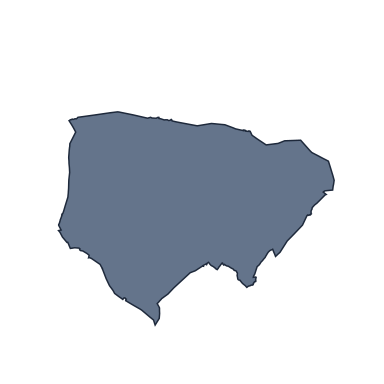 Gol nor, Buskerud, Norway (Mercator projection), rotated 339°
{"feature_id": "86288312B77514254220313", "entity_name": "Gol nor", "entity_type": "district", "adm_level": 2, "iso_a3": "NOR", "parent_name": "Norway", "parent_adm1": "Buskerud", "projection": "mercator", "projection_center": [9.017, 60.751], "detail": "fine", "context": "isolated", "style": "filled", "palette": "slate", "viewbox_px": 384, "rotation_deg": 339, "n_neighbors": 0, "source": "geoboundaries", "source_scale": "gbopen_adm2", "svg_char_len": 5754}
<svg xmlns="http://www.w3.org/2000/svg" viewBox="0 0 384 384"><g transform="rotate(339 192 192)"><path d="M144.0,88.7L129.0,85.3L112.3,81.4L111.9,81.5L111.1,82.0L110.8,82.1L110.4,82.2L110.1,82.2L109.1,81.7L108.4,81.7L107.5,81.8L106.6,81.3L106.3,81.0L106.1,81.0L105.9,81.1L105.8,81.3L105.6,81.3L105.3,81.1L104.7,81.0L104.3,81.0L103.7,81.1L103.1,81.4L102.8,81.4L103.8,86.4L104.3,89.5L104.5,91.0L104.9,94.4L95.3,103.1L94.2,105.6L93.2,107.3L93.0,107.9L92.7,108.3L89.3,115.5L89.0,116.4L88.2,119.1L87.4,121.3L86.6,124.2L86.1,125.9L85.7,127.1L84.8,129.9L81.4,136.5L80.2,139.3L78.2,144.1L77.2,146.3L76.9,146.8L76.6,147.6L75.7,149.5L75.5,149.9L75.2,150.4L74.8,151.3L74.3,152.3L68.5,159.7L66.9,161.8L65.9,163.1L65.7,163.4L64.0,165.4L63.4,165.9L63.1,165.8L62.2,166.7L62.4,167.0L59.9,169.9L59.1,170.7L58.9,171.1L56.7,174.0L56.0,174.4L55.6,175.3L56.2,180.6L53.6,180.2L54.3,182.3L54.9,187.6L57.2,194.3L57.3,194.4L57.5,194.4L57.8,194.3L58.0,194.4L58.1,198.4L58.2,201.1L60.6,201.6L62.5,202.0L66.4,203.9L67.0,204.9L66.4,205.6L66.9,206.7L68.9,207.9L72.0,211.9L73.3,214.2L71.9,216.3L72.0,216.3L73.1,216.8L74.3,218.0L80.3,226.7L80.5,228.8L80.9,231.1L80.7,231.1L80.8,232.6L80.8,242.2L81.4,249.9L82.8,254.9L83.1,256.2L83.1,256.6L83.2,257.2L83.4,259.0L83.7,259.4L86.0,263.1L87.7,265.6L88.9,267.5L89.7,267.0L90.1,266.7L90.4,266.6L91.2,266.7L91.3,266.7L91.4,266.8L91.6,267.2L91.6,267.5L91.7,267.8L92.1,268.4L92.2,268.5L91.7,268.9L91.2,269.5L91.2,269.8L91.7,270.0L91.9,270.6L92.4,271.3L97.0,277.1L101.5,282.6L102.2,283.6L102.5,283.9L104.2,287.0L104.6,287.7L107.4,292.8L108.2,294.3L108.9,295.4L109.3,296.2L110.2,297.6L110.1,299.7L110.0,300.9L109.9,303.0L116.1,298.3L118.2,293.9L118.9,291.8L119.1,291.2L119.3,290.7L120.1,288.6L120.0,287.1L119.5,283.7L120.8,283.1L121.9,282.6L122.7,282.1L124.6,281.2L125.6,280.6L126.6,280.4L127.6,280.1L131.7,279.0L132.7,278.7L132.9,278.7L140.6,275.0L161.4,266.7L166.9,266.7L175.6,264.8L175.6,265.1L175.8,265.3L176.0,265.4L176.0,264.9L176.0,264.6L178.9,264.3L179.7,264.1L179.8,264.9L180.7,264.0L182.1,263.5L182.3,263.8L182.4,264.1L182.6,264.8L182.7,265.3L182.8,265.7L183.1,266.3L183.2,266.7L183.5,267.4L183.7,267.6L184.1,268.0L184.2,268.3L184.4,268.4L185.1,269.2L185.2,269.4L185.8,270.4L186.0,270.8L186.2,271.0L186.4,271.3L186.5,271.5L186.5,271.9L186.5,272.0L186.8,272.3L187.7,273.5L189.2,272.6L190.3,271.7L191.4,271.1L191.6,271.0L192.3,270.5L192.7,270.2L193.1,270.0L194.7,269.1L194.9,269.4L194.9,269.6L194.6,269.8L194.4,269.7L194.7,269.9L195.0,269.8L195.0,270.3L195.1,270.5L195.5,271.6L196.5,271.3L196.8,272.1L197.7,273.2L198.1,273.6L199.0,274.1L199.4,274.4L199.6,274.7L200.2,275.5L201.2,276.9L201.5,277.2L202.0,277.8L202.4,278.2L202.6,278.4L202.9,279.0L203.0,279.3L203.1,279.5L203.1,279.8L203.2,280.0L203.3,280.2L203.4,280.4L203.8,280.6L204.0,280.8L204.7,281.2L204.8,281.5L205.0,282.2L205.1,282.5L205.1,283.1L205.2,283.4L205.3,283.6L205.3,284.0L205.2,284.3L204.7,285.1L204.6,285.7L204.5,286.0L204.1,286.3L204.1,286.5L204.1,286.9L203.8,288.6L203.6,289.3L203.6,289.6L203.6,290.0L203.8,290.5L204.0,290.8L204.3,291.0L205.0,291.4L205.1,291.6L205.3,291.8L205.2,292.1L205.3,292.3L205.5,292.8L205.7,293.1L205.8,293.6L205.8,294.0L206.0,294.3L206.1,294.8L206.4,295.3L206.7,296.1L207.0,296.5L207.2,296.9L208.1,298.4L208.6,299.7L209.0,300.7L209.7,300.5L210.1,300.3L210.3,300.3L210.9,300.1L211.6,300.2L212.0,300.3L212.8,300.3L213.0,300.2L213.1,300.3L213.4,300.2L213.7,300.3L214.1,300.2L214.5,300.3L214.8,300.5L215.1,300.6L215.8,300.5L215.9,300.4L215.9,300.2L216.0,300.2L216.3,299.9L216.3,299.6L216.5,299.5L216.8,299.3L216.8,299.2L217.1,299.1L217.2,298.8L217.4,298.7L217.7,298.6L217.9,298.4L218.0,298.4L218.2,298.2L218.4,298.3L218.6,298.3L218.8,298.4L219.2,298.4L219.4,298.4L219.5,298.3L219.8,297.9L219.7,297.2L219.8,297.0L219.8,296.9L220.0,296.8L220.9,295.1L221.2,294.8L221.3,294.6L221.0,294.3L220.7,294.1L220.0,294.0L219.4,293.7L218.7,293.6L219.2,292.8L220.0,292.0L220.5,291.7L220.8,291.5L220.8,291.4L221.0,291.1L221.5,290.7L224.2,287.3L226.1,285.0L228.4,284.2L229.7,283.4L231.4,282.1L232.2,281.8L233.6,281.1L235.4,280.0L236.7,279.4L237.8,278.4L239.5,277.1L240.2,276.5L241.8,275.4L243.8,274.6L245.3,274.5L246.5,274.5L246.8,274.4L246.8,277.4L246.9,279.5L246.9,282.1L248.9,281.3L249.5,281.0L251.1,280.4L252.6,279.8L263.4,271.8L265.6,270.8L267.8,269.8L268.3,269.6L276.2,265.9L283.3,262.5L290.3,255.8L290.4,255.7L290.5,255.7L290.7,255.4L291.5,255.0L291.7,254.9L291.8,255.0L292.0,255.4L292.2,255.5L292.5,255.5L293.3,255.3L293.5,255.4L293.6,255.7L294.0,255.7L294.2,255.8L294.4,255.6L294.5,255.7L294.8,255.6L294.8,255.4L295.0,255.2L295.5,255.1L295.4,254.9L295.7,254.1L295.9,253.8L296.0,253.3L296.2,252.8L296.6,252.2L296.8,251.9L297.8,251.1L298.0,250.7L298.2,250.4L298.5,250.0L298.6,249.7L301.7,248.1L303.6,247.5L304.1,247.4L304.4,247.3L315.1,242.5L315.8,242.4L316.4,242.4L314.5,239.1L315.3,238.8L316.4,238.6L316.8,238.6L324.0,240.6L325.9,237.1L326.9,235.6L328.9,232.0L329.4,227.1L329.6,224.0L330.0,218.4L330.4,212.1L328.1,209.5L326.8,208.1L318.0,198.1L316.9,195.6L312.0,182.6L296.8,177.4L289.8,177.5L278.1,174.6L271.6,165.4L268.4,160.6L268.2,158.5L268.2,157.7L268.0,156.7L268.1,156.4L267.6,156.2L267.6,155.8L267.4,155.6L267.0,155.4L266.8,155.3L266.6,155.3L266.3,155.6L264.4,154.7L263.9,154.4L264.0,154.3L264.2,153.9L263.3,153.1L262.3,152.6L262.1,153.2L255.2,148.6L253.8,147.2L246.8,141.0L234.7,135.0L220.6,132.1L205.0,122.5L202.6,121.0L198.9,118.5L198.9,117.3L198.8,116.9L198.6,116.8L198.4,116.8L197.8,117.1L197.2,117.2L196.2,117.0L195.9,116.9L195.7,116.8L195.3,116.3L195.1,116.0L194.9,115.8L192.9,115.0L192.3,114.9L191.7,114.6L189.0,112.4L187.5,111.5L187.5,111.4L187.8,111.1L187.8,110.4L186.9,110.1L185.0,110.3L181.2,108.6L180.1,107.4L177.0,107.2L164.5,98.8L152.4,91.1L151.2,90.5L150.8,90.4L144.0,88.7Z" fill="#64748b" stroke="#1e293b" stroke-width="1.5"/></g></svg>